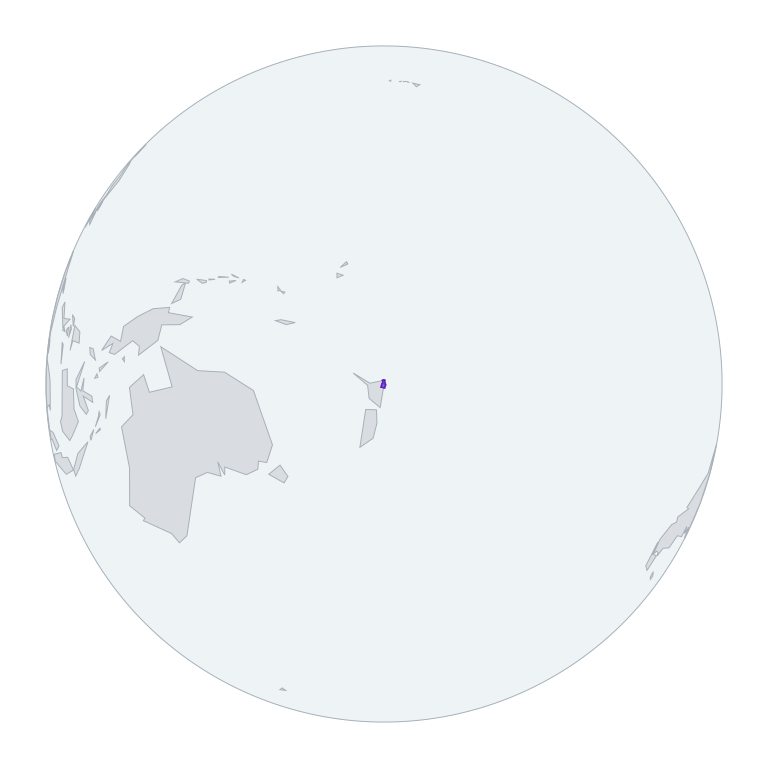 Gisborne District highlighted on a globe, orthographic projection, rotated 338°
{"feature_id": "NZL-3396", "entity_name": "Gisborne District", "entity_type": "Unitary Authority", "adm_level": 1, "iso_a3": "NZL", "parent_name": "New Zealand", "parent_adm1": "", "projection": "orthographic", "projection_center": [178.051, -38.256], "detail": "fine", "context": "on_globe", "style": "filled", "palette": "violet", "viewbox_px": 768, "rotation_deg": 338, "n_neighbors": 0, "source": "natural_earth", "source_scale": "10m", "svg_char_len": 5720}
<svg xmlns="http://www.w3.org/2000/svg" viewBox="0 0 768 768"><g transform="rotate(338 384 384)"><circle cx="384" cy="384" r="338" fill="#eef3f6" stroke="#a8b0b8"/><path d="M395.0,256.5L395.5,258.9L395.0,259.2L395.0,256.5ZM610.3,634.9L604.9,639.7L605.8,638.2L612.9,630.9L606.5,635.2L611.4,629.5L602.7,637.0L599.1,634.6L586.8,642.7L581.2,640.8L572.9,645.7L575.0,642.9L574.2,641.1L570.2,642.4L581.8,631.3L598.1,622.1L603.6,621.6L606.6,617.3L619.7,613.8L618.7,611.9L639.6,596.8L651.2,588.1L669.9,564.2L652.2,589.5L632.3,613.2L610.3,634.9ZM525.4,120.5L523.4,115.8L529.3,119.9L525.4,120.5ZM519.0,112.3L520.4,114.0L518.6,112.4L519.0,112.3ZM515.6,110.8L518.1,111.9L515.4,111.0L515.6,110.8ZM511.2,109.2L513.5,109.9L513.3,110.0L511.2,109.2ZM503.9,105.7L502.1,104.7L504.1,104.8L503.9,105.7ZM558.6,650.7L578.9,633.0L569.3,642.6L572.3,645.2L558.1,655.3L558.6,650.7ZM563.4,658.8L561.2,662.8L557.8,664.9L558.6,662.7L563.4,658.8ZM182.9,112.4L181.0,114.3L175.4,119.1L165.6,126.8L173.4,119.8L171.7,121.1L182.9,112.4ZM146.1,144.0L145.2,145.4L136.1,156.4L108.5,191.2L93.8,211.9L91.0,217.0L89.9,217.8L81.2,234.0L77.7,248.5L75.4,256.4L64.7,283.5L65.7,277.9L62.5,280.0L56.8,301.4L59.0,304.9L59.5,319.7L55.6,323.0L55.6,310.8L54.6,311.0L58.6,293.2L59.8,288.6L67.5,265.6L76.8,243.1L87.8,221.4L100.2,200.5L114.2,180.6L129.5,161.7L146.1,144.0ZM173.0,628.4L175.9,627.7L178.0,631.3L173.0,628.4ZM98.1,322.0L104.0,318.5L104.1,320.0L98.1,322.0ZM91.8,322.6L97.9,317.4L91.2,326.5L91.8,322.6ZM100.4,315.5L106.8,307.4L109.5,303.0L109.4,306.1L100.4,315.5ZM87.9,326.6L69.8,348.2L63.7,353.8L64.3,346.9L74.3,333.6L87.9,326.6ZM63.9,347.5L55.6,348.7L50.3,332.4L52.0,325.6L58.8,326.6L58.2,331.8L63.2,333.4L63.9,347.5ZM87.2,291.1L86.6,304.3L75.9,315.1L71.5,318.7L68.3,307.4L70.0,297.7L73.4,293.3L90.8,251.0L96.0,251.3L89.7,266.9L94.2,272.2L87.2,291.1ZM101.2,227.5L91.9,244.6L101.4,224.6L101.2,227.5ZM108.8,211.1L107.7,215.9L106.1,213.6L108.8,211.1ZM87.8,223.8L84.1,229.9L85.5,226.6L91.3,217.0L87.8,223.8ZM129.1,166.4L123.1,175.8L120.3,179.9L121.5,176.2L129.1,166.4ZM357.5,400.8L367.3,405.1L362.9,417.5L353.6,430.2L337.9,433.7L357.5,400.8ZM254.2,438.2L243.3,424.5L257.2,420.3L260.3,433.8L254.2,438.2ZM364.8,391.8L368.3,379.1L359.5,362.2L371.3,378.0L386.2,380.7L371.6,404.4L364.8,391.8ZM174.2,400.3L144.4,450.9L134.9,454.6L131.0,443.0L109.7,420.6L112.1,418.8L102.6,401.6L116.6,366.6L124.6,325.4L139.8,318.4L146.7,291.8L164.6,285.3L163.3,303.8L186.5,307.3L191.0,265.8L216.2,301.8L240.6,313.3L260.5,341.1L257.8,398.6L245.9,412.9L238.7,408.5L235.1,415.8L222.3,416.5L205.3,401.3L202.2,408.7L200.7,394.0L198.3,408.4L187.1,399.8L174.2,400.3ZM307.1,284.6L312.6,285.8L324.7,293.8L315.6,292.3L307.1,284.6ZM381.9,263.6L386.8,267.8L380.2,267.9L381.9,263.6ZM395.0,259.2L387.1,259.5L395.0,256.5L395.0,259.2ZM322.9,259.0L326.6,261.7L324.8,262.7L322.9,259.0ZM320.5,258.1L322.0,253.9L323.2,258.2L320.5,258.1ZM290.6,236.6L292.8,234.4L294.5,236.0L290.6,236.6ZM113.0,311.9L120.2,295.8L125.3,291.7L113.0,311.9ZM285.6,232.6L278.8,232.7L279.0,230.6L285.6,232.6ZM284.9,227.7L283.6,224.9L289.3,231.4L284.9,227.7ZM271.1,222.4L280.0,226.8L270.3,223.1L271.1,222.4ZM266.6,223.6L260.7,222.0L260.9,221.1L266.6,223.6ZM210.8,237.1L231.3,250.1L217.0,252.5L200.1,245.9L190.7,258.8L167.2,265.3L171.3,257.4L167.2,249.7L145.4,255.6L141.0,252.0L147.9,244.8L134.8,247.1L149.0,237.3L155.7,245.8L164.1,233.1L180.6,229.2L198.1,227.7L214.0,232.7L210.8,237.1ZM150.9,262.6L153.5,261.4L151.6,266.0L150.9,262.6ZM249.6,216.7L258.1,221.5L257.4,223.1L253.4,222.7L249.6,216.7ZM217.3,229.8L233.6,216.6L237.8,216.0L227.3,229.3L217.3,229.8ZM228.7,211.1L237.1,210.9L242.1,215.6L240.5,217.4L228.7,211.1ZM121.6,267.1L121.3,270.7L117.9,270.3L121.6,267.1ZM125.8,262.6L136.6,260.1L125.0,265.9L125.8,262.6ZM97.8,271.6L100.3,277.0L108.2,266.0L102.2,277.5L108.5,285.7L107.1,291.9L100.6,282.6L99.9,298.0L96.6,300.6L93.8,290.2L96.7,273.1L100.1,264.5L114.9,251.0L97.8,271.6ZM125.4,253.6L122.7,246.7L124.9,239.9L127.6,242.5L125.4,253.6ZM116.6,231.9L111.7,227.3L105.6,235.1L119.3,213.9L121.6,221.6L116.6,231.9ZM114.8,215.8L108.9,222.9L115.9,211.6L114.8,215.8ZM108.3,221.0L109.3,215.3L113.1,212.9L108.3,221.0ZM117.5,214.1L121.2,203.0L121.7,207.5L117.5,214.1ZM111.8,203.4L117.2,206.3L107.5,211.1L114.2,192.7L118.9,188.4L111.8,203.4ZM182.8,116.2L185.6,113.1L191.8,109.3L188.1,112.4L182.8,116.2ZM214.6,96.1L194.4,107.3L178.6,117.7L180.3,117.3L171.0,125.8L172.0,122.8L187.8,110.5L198.7,104.0L206.5,98.2L218.3,91.4L225.4,86.5L232.5,82.7L229.4,85.4L214.6,96.1ZM228.0,84.7L244.6,76.2L253.4,72.6L251.8,73.6L240.4,78.9L236.4,80.4L228.0,84.7ZM251.3,73.2L251.2,73.3L250.9,73.4L251.3,73.2Z" fill="#d9dde1" stroke="#a8b0b8" stroke-width="1"/><path d="M384.1,379.8L385.1,379.9L385.2,380.0L385.3,380.2L385.4,380.3L385.5,380.3L385.8,380.4L386.0,380.4L386.2,380.5L386.3,380.6L386.4,380.8L386.3,381.0L386.1,381.2L386.0,381.5L385.9,381.6L385.8,381.8L385.7,381.9L385.6,382.3L385.4,382.4L385.4,382.5L385.5,382.8L385.5,383.0L385.4,383.2L385.3,383.3L385.4,383.6L385.3,383.8L385.2,384.1L385.3,384.2L385.4,384.3L385.4,384.5L385.3,384.8L385.2,384.8L385.3,384.9L385.4,385.0L385.2,385.2L385.2,385.6L384.6,386.3L384.1,386.7L383.9,386.5L383.6,386.6L383.5,386.8L383.6,387.0L383.5,387.3L383.5,387.6L383.4,388.0L383.1,388.0L383.0,387.9L382.4,387.7L381.7,387.1L381.5,386.8L381.3,386.4L381.1,386.3L380.0,385.9L380.3,385.4L380.3,385.2L380.6,384.8L381.1,384.6L381.3,384.4L381.4,384.2L381.4,383.9L381.6,383.8L381.8,383.7L382.0,383.5L382.2,383.4L382.3,383.2L382.3,382.8L382.3,382.7L382.5,382.7L382.7,382.8L382.8,383.0L383.0,383.1L383.2,382.9L383.5,381.9L383.7,381.5L383.9,381.3L384.0,381.1L383.9,381.0L383.7,381.0L383.7,380.8L383.7,380.7L383.7,380.3L383.7,380.2L383.8,380.2L384.0,380.1L384.1,379.9L384.1,379.8Z" fill="#8b5cf6" stroke="#5b21b6" stroke-width="1.5"/></g></svg>